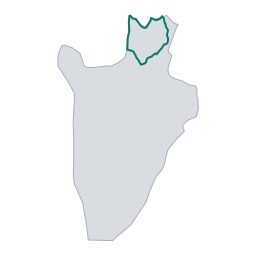 where Kirundo sits in Burundi
{"feature_id": "BDI-2643", "entity_name": "Kirundo", "entity_type": "Province", "adm_level": 1, "iso_a3": "BDI", "parent_name": "Burundi", "parent_adm1": "", "projection": "equal_earth", "projection_center": [30.179, -2.549], "detail": "coarse", "context": "in_parent", "style": "outline", "palette": "teal", "viewbox_px": 256, "rotation_deg": 0, "n_neighbors": 0, "source": "natural_earth", "source_scale": "10m", "svg_char_len": 1601}
<svg xmlns="http://www.w3.org/2000/svg" viewBox="0 0 256 256"><path d="M178.0,24.5L176.5,27.3L169.3,47.0L167.9,49.9L168.7,51.7L171.8,55.5L170.0,61.7L169.3,63.3L167.9,69.1L168.7,74.4L170.4,76.4L175.0,78.9L182.0,80.8L190.2,85.2L195.7,86.0L197.0,89.2L196.8,94.9L198.1,99.9L198.1,108.7L196.5,116.5L188.0,120.1L183.7,124.1L182.5,126.1L183.6,128.5L184.1,131.6L176.2,139.4L168.0,149.5L166.0,156.4L164.4,164.4L162.0,169.6L155.8,177.0L149.4,192.0L146.3,201.7L130.7,225.0L116.8,236.7L112.8,240.6L88.3,240.0L86.4,224.2L82.7,202.8L74.2,183.4L73.3,175.3L73.7,159.6L73.7,137.6L73.2,125.8L73.3,117.2L74.4,102.2L74.3,93.2L68.7,82.9L61.8,71.9L58.0,66.5L57.9,62.2L57.9,58.2L59.0,52.3L61.7,45.8L64.7,45.1L72.2,47.7L79.9,53.2L84.1,65.7L87.2,67.5L92.9,67.5L107.6,65.8L111.2,66.0L117.9,63.0L124.5,57.8L126.4,52.3L128.0,40.1L129.4,18.2L132.7,17.9L142.0,25.7L144.0,26.3L145.9,26.0L149.1,22.1L153.1,18.9L156.0,19.0L166.7,15.4L172.5,22.0L176.1,24.0L178.0,24.5Z" fill="#d9dde1" stroke="#a8b0b8" stroke-width="1"/><path d="M155.3,20.1L156.6,20.1L159.5,19.0L160.7,18.2L162.0,16.3L163.7,18.1L164.5,22.1L165.6,24.3L165.6,25.8L168.0,30.5L166.9,34.9L168.1,38.8L167.9,41.0L167.3,43.1L165.7,44.3L164.0,44.5L162.3,47.4L156.7,54.1L155.6,53.4L153.1,55.1L151.5,56.7L149.4,57.3L147.6,58.2L146.5,60.1L146.0,62.4L144.0,63.8L140.9,64.6L138.1,59.7L136.5,57.8L135.5,55.2L133.1,51.3L127.3,49.5L127.6,38.8L129.3,30.8L128.8,22.7L129.3,16.4L129.5,15.8L130.3,15.7L132.9,18.6L135.0,18.7L135.9,19.1L140.5,25.4L142.1,26.9L143.9,27.8L145.7,27.8L147.0,26.5L150.5,20.6L151.0,18.1L151.9,18.2L155.3,20.1Z" fill="none" stroke="#0f766e" stroke-width="2"/></svg>